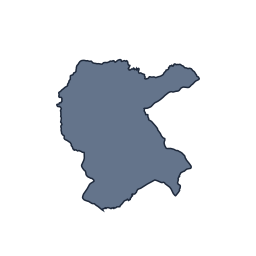 Coper, Boyacá, Colombia, rotated 33°
{"feature_id": "7082276B34459820199268", "entity_name": "Coper", "entity_type": "district", "adm_level": 2, "iso_a3": "COL", "parent_name": "Colombia", "parent_adm1": "Boyacá", "projection": "albers", "projection_center": [-74.028, 5.448], "detail": "fine", "context": "isolated", "style": "filled", "palette": "slate", "viewbox_px": 256, "rotation_deg": 33, "n_neighbors": 0, "source": "geoboundaries", "source_scale": "gbopen_adm2", "svg_char_len": 5789}
<svg xmlns="http://www.w3.org/2000/svg" viewBox="0 0 256 256"><g transform="rotate(33 128 128)"><path d="M160.9,47.9L159.7,47.1L159.0,46.9L157.9,47.1L157.4,47.0L156.5,46.2L155.8,46.0L153.3,44.8L152.2,44.6L150.9,44.6L149.7,44.1L148.7,43.9L147.5,44.2L146.8,44.6L146.0,45.5L144.1,45.9L143.0,46.5L142.4,46.5L141.1,46.1L140.3,46.0L139.4,46.3L137.3,46.2L136.7,46.4L136.2,47.0L134.4,48.1L133.9,48.7L133.0,48.6L132.2,48.9L131.9,49.5L131.9,49.8L132.1,50.2L132.2,50.9L132.2,51.2L131.9,51.7L131.6,51.9L131.1,52.0L130.8,51.5L130.5,51.5L130.0,52.6L129.3,53.1L129.3,53.4L129.6,54.1L129.2,54.8L129.1,55.1L129.7,55.8L129.8,56.4L129.6,57.3L128.4,58.8L128.7,59.6L128.2,62.0L128.4,63.9L127.9,65.3L127.4,66.0L127.1,66.8L125.3,68.7L123.9,70.6L121.9,71.0L120.1,72.5L118.7,73.0L118.0,73.4L118.0,74.0L117.8,75.5L117.3,76.1L116.8,76.4L116.5,77.1L116.3,77.2L115.1,77.4L114.7,76.1L114.3,75.7L113.4,75.4L112.8,74.3L112.5,74.2L110.2,74.8L109.0,74.8L108.6,74.9L107.7,75.9L107.2,75.9L105.9,74.9L105.6,74.3L105.6,73.5L105.3,72.8L104.9,72.3L104.6,72.2L104.1,72.4L103.8,73.0L103.8,73.4L104.0,74.3L103.9,74.5L103.6,74.6L103.1,74.2L102.6,73.6L102.6,74.5L101.8,75.4L101.0,74.8L100.1,74.6L99.9,74.9L100.2,75.7L100.2,75.9L99.0,76.4L98.4,77.9L97.7,78.6L97.3,78.7L96.8,78.1L96.1,78.2L95.8,77.9L95.8,75.4L95.5,74.5L95.0,74.6L94.4,74.9L94.1,74.9L93.0,74.2L91.8,72.8L90.7,72.3L90.2,72.3L90.0,72.9L89.7,73.3L88.6,73.3L88.1,73.6L86.6,75.6L85.9,75.6L85.3,74.8L85.0,74.7L84.1,74.9L83.6,75.4L82.7,76.5L81.6,79.6L80.9,79.8L80.4,79.6L80.0,79.6L79.5,79.3L78.8,79.7L78.6,80.2L78.1,80.8L76.6,81.6L76.3,82.6L74.9,84.5L73.1,85.5L72.0,86.5L71.8,87.1L71.5,88.4L71.2,88.8L68.2,90.1L67.0,91.0L65.8,91.4L64.2,92.2L62.8,92.5L61.2,92.0L60.7,92.0L59.3,93.1L57.2,93.7L56.6,94.3L54.3,95.2L53.6,95.7L52.6,96.5L52.0,97.3L51.5,98.6L51.4,100.5L51.5,101.6L51.2,103.4L51.3,104.0L51.7,105.3L52.2,106.0L52.5,106.9L53.1,108.1L53.4,108.6L53.5,109.0L53.5,109.5L53.1,110.7L52.6,111.2L52.5,111.5L52.8,112.9L52.8,113.3L51.5,115.0L51.3,115.8L53.1,118.6L52.9,120.4L53.0,120.9L53.4,121.8L53.5,122.3L53.5,124.2L54.3,125.4L54.3,125.6L52.9,128.5L52.5,130.1L51.7,132.3L51.5,133.9L50.7,135.7L50.7,136.0L51.1,136.6L52.2,137.7L52.4,138.5L52.8,139.2L53.4,139.6L53.8,139.6L54.5,139.3L55.0,138.8L55.6,138.7L56.9,139.6L57.1,140.5L57.9,141.3L58.0,141.8L57.8,142.5L58.0,143.1L57.9,143.3L56.8,144.3L57.0,145.0L57.0,145.6L55.7,146.7L55.6,147.2L56.3,147.9L57.2,148.2L57.8,148.1L58.6,147.4L58.9,147.3L60.1,147.4L61.5,148.0L61.7,148.5L61.8,149.6L61.9,150.1L62.5,150.8L62.8,150.9L64.0,152.7L64.7,153.6L65.2,154.9L66.5,155.7L67.0,156.5L68.0,158.8L68.2,159.6L68.4,159.8L69.3,159.9L70.7,161.2L70.7,161.8L70.5,162.2L70.8,163.2L71.3,163.9L71.9,164.2L72.3,164.7L72.7,165.6L73.4,166.7L74.3,167.4L75.3,168.7L77.4,169.4L78.4,169.3L78.9,169.5L79.1,169.7L80.0,171.4L81.1,171.9L82.7,171.8L83.8,171.6L86.0,171.7L87.3,171.6L89.4,172.6L89.8,173.4L90.3,173.8L91.4,174.0L92.7,175.1L93.7,175.6L93.8,175.7L94.3,175.4L94.8,175.8L95.0,175.9L96.2,174.7L98.2,174.7L98.4,174.6L99.0,173.7L99.7,173.4L100.4,173.5L101.1,173.2L102.8,173.2L103.4,173.0L104.5,172.4L104.8,172.7L107.8,177.1L108.5,179.1L109.3,184.3L109.6,184.9L110.1,185.4L111.2,186.1L112.5,186.7L114.3,187.3L115.7,187.4L116.8,188.3L118.3,190.0L119.8,190.6L120.9,190.8L122.3,190.6L124.1,190.4L125.4,189.9L127.4,190.2L128.1,190.7L128.4,191.1L128.4,191.4L126.7,195.1L126.5,196.3L126.9,201.1L126.7,207.6L127.0,209.0L127.4,210.3L127.8,211.1L128.5,211.6L129.4,211.9L130.4,212.1L131.7,211.9L133.7,211.4L134.9,211.0L138.7,210.9L139.7,210.6L141.0,209.8L142.6,210.1L144.0,210.2L145.2,210.1L150.5,210.7L151.9,210.7L151.1,210.2L151.0,209.4L151.1,209.2L151.7,208.8L151.9,208.6L152.3,207.4L152.5,207.2L153.1,207.6L153.4,207.5L153.5,206.6L154.6,205.6L156.6,205.0L157.6,204.9L157.9,204.6L157.9,204.1L158.2,203.6L159.8,203.3L159.7,203.0L159.3,202.7L159.5,202.4L159.9,202.3L160.6,202.3L160.8,202.0L161.3,201.3L161.6,200.2L164.0,198.5L163.8,197.2L164.3,194.7L164.6,191.2L165.1,190.3L166.1,189.0L166.2,188.1L166.6,188.0L167.9,188.5L168.2,187.8L168.8,186.7L168.2,185.7L168.5,184.8L168.2,183.0L168.3,182.8L168.7,182.6L168.7,182.3L167.4,181.5L167.7,180.9L169.0,180.3L169.7,179.4L170.0,177.2L169.6,175.7L169.7,174.1L170.0,173.5L171.4,171.7L174.8,164.3L177.4,159.6L178.7,157.1L179.0,156.9L181.2,156.3L185.4,155.6L186.2,155.3L187.3,154.2L188.4,154.0L189.6,154.5L195.3,154.9L197.4,155.7L201.7,158.3L203.7,158.9L204.4,159.0L204.8,158.9L204.9,158.4L205.3,154.7L205.3,152.3L204.9,152.0L204.5,151.3L204.4,150.0L203.7,148.5L203.3,148.0L202.7,147.7L200.7,147.8L200.4,147.5L199.5,147.1L199.3,146.7L198.4,143.9L197.9,143.6L197.5,142.9L197.4,142.1L197.2,141.5L197.6,141.0L197.6,140.5L197.0,140.1L196.9,138.5L196.7,137.5L196.8,137.2L196.7,136.8L196.9,136.4L198.0,134.4L198.8,133.4L199.2,131.7L199.7,130.6L199.9,130.2L202.5,127.7L202.4,126.6L202.0,126.0L201.4,125.5L198.9,124.5L194.6,123.1L193.2,122.3L192.4,122.0L190.9,120.6L190.4,120.4L186.9,119.6L185.2,119.6L183.6,119.8L182.5,119.8L181.9,119.9L181.1,120.4L180.3,120.7L178.0,120.9L175.0,121.9L172.0,123.9L171.4,124.1L170.9,124.1L168.3,122.7L166.8,121.3L166.2,120.5L165.8,119.5L165.5,118.1L164.7,116.9L164.4,116.8L164.1,117.0L163.6,117.1L162.5,117.1L160.5,116.5L158.1,115.0L154.0,113.4L153.2,112.6L152.5,112.2L150.2,111.4L144.2,109.7L141.0,109.8L140.7,109.7L140.1,108.7L139.1,108.2L138.5,107.6L137.4,106.1L136.7,106.3L135.6,107.1L134.0,105.7L132.3,104.9L131.6,103.3L131.4,103.0L130.9,102.8L131.2,102.4L132.6,101.5L133.6,100.7L135.5,97.9L135.8,97.0L136.4,93.5L136.8,92.2L138.5,89.3L139.7,86.4L140.7,83.1L141.2,80.7L142.0,78.3L142.7,76.3L143.3,75.2L144.3,74.1L144.9,73.7L145.8,73.5L146.4,73.1L148.1,71.2L149.8,69.8L150.4,68.7L150.7,65.8L151.0,65.0L151.8,63.9L152.3,63.4L156.1,61.5L157.0,60.7L157.5,59.1L157.7,57.5L158.3,56.1L159.0,52.4L159.4,51.4L160.8,49.1L161.0,48.5L160.9,47.9Z" fill="#64748b" stroke="#1e293b" stroke-width="1.5"/></g></svg>